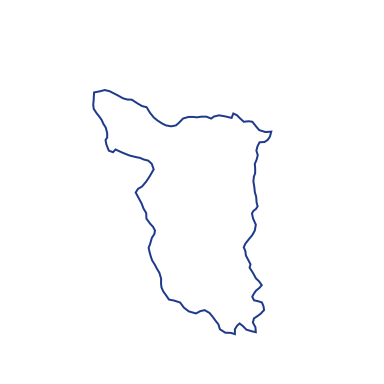 Itapeva, Minas Gerais, Brazil, rotated 130°
{"feature_id": "56859067B98059266362656", "entity_name": "Itapeva", "entity_type": "district", "adm_level": 2, "iso_a3": "BRA", "parent_name": "Brazil", "parent_adm1": "Minas Gerais", "projection": "equal_earth", "projection_center": [-46.209, -22.707], "detail": "fine", "context": "isolated", "style": "outline", "palette": "blue", "viewbox_px": 384, "rotation_deg": 130, "n_neighbors": 0, "source": "geoboundaries", "source_scale": "gbopen_adm2", "svg_char_len": 2157}
<svg xmlns="http://www.w3.org/2000/svg" viewBox="0 0 384 384"><g transform="rotate(130 192 192)"><path d="M289.2,140.5L286.8,136.2L284.3,130.1L285.8,123.7L285.5,117.7L282.5,110.9L278.0,109.1L274.4,106.4L273.4,100.9L274.2,96.4L275.4,91.6L276.4,86.7L279.2,82.5L278.4,76.1L274.9,71.6L273.3,67.8L269.6,70.9L265.3,71.5L262.1,71.0L262.0,66.8L262.5,61.9L260.2,56.6L258.4,53.0L254.9,56.4L252.8,61.5L249.0,63.3L245.8,62.3L241.4,61.2L236.1,60.9L233.5,63.9L231.7,67.4L233.1,71.0L235.1,74.9L233.5,78.5L230.3,79.2L226.5,79.6L222.1,78.7L218.5,78.7L217.3,83.4L217.1,87.4L214.8,93.3L212.9,99.3L209.8,100.7L208.0,105.0L206.0,109.9L202.9,113.2L201.1,116.8L197.3,117.9L191.3,118.1L186.4,118.1L181.2,119.1L176.0,122.1L173.1,128.1L169.9,132.3L166.9,132.8L163.9,132.1L160.8,132.5L158.5,135.8L154.4,139.8L151.7,143.8L148.0,147.6L144.4,151.8L140.6,154.4L137.0,155.7L133.4,158.7L130.2,161.9L125.7,163.3L121.5,165.3L118.9,169.3L114.9,171.2L110.5,172.2L107.1,168.6L103.4,167.5L99.5,167.9L94.8,170.1L98.8,174.2L101.4,180.3L100.4,186.1L99.4,190.9L101.4,194.1L104.9,197.5L104.7,202.7L104.3,206.9L105.3,210.8L109.8,209.3L112.8,215.3L115.9,220.6L120.1,223.7L123.4,224.5L125.0,229.3L128.2,233.2L131.7,236.3L133.8,239.4L136.7,242.9L141.5,246.1L147.5,246.5L151.3,247.1L155.1,250.2L157.7,254.7L158.7,258.8L159.4,264.2L159.5,269.0L158.3,275.2L156.2,281.3L158.3,285.5L159.2,290.9L160.0,297.5L162.8,301.1L164.6,305.1L165.6,310.5L166.6,315.0L167.8,320.0L170.1,324.5L173.7,327.0L178.7,331.0L182.6,328.1L185.2,326.1L188.6,323.8L191.5,320.7L192.9,316.0L193.8,311.5L194.9,307.4L196.7,303.8L198.1,299.5L201.3,294.9L204.8,292.0L207.8,291.6L210.6,288.2L213.8,282.3L212.3,278.1L208.6,277.9L206.6,270.6L204.2,263.3L201.4,257.6L199.3,253.8L198.1,249.8L196.1,245.7L196.3,240.9L199.3,235.9L207.2,234.5L213.3,233.8L219.9,233.8L224.4,235.4L228.6,234.8L230.9,229.0L233.2,223.2L235.8,218.6L237.6,213.5L241.7,209.8L243.2,203.6L243.7,199.5L245.3,195.6L248.4,193.8L252.9,193.3L256.7,191.6L259.7,190.3L262.6,189.4L265.3,185.9L267.7,182.4L270.0,178.6L271.6,173.7L273.1,170.1L274.9,165.0L278.2,160.0L282.1,156.8L284.6,154.2L286.6,150.2L287.9,145.1L289.2,140.5Z" fill="none" stroke="#1e3a8a" stroke-width="2"/></g></svg>